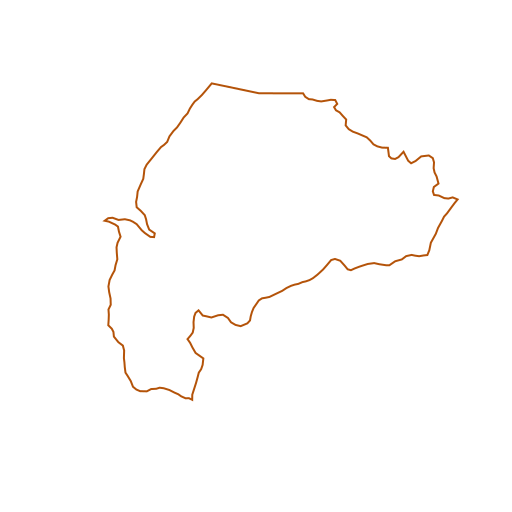 Assis, São Paulo, Brazil, rotated 209°
{"feature_id": "56859067B72357752208353", "entity_name": "Assis", "entity_type": "district", "adm_level": 2, "iso_a3": "BRA", "parent_name": "Brazil", "parent_adm1": "São Paulo", "projection": "natural_earth1", "projection_center": [-50.43, -22.579], "detail": "fine", "context": "isolated", "style": "outline", "palette": "amber", "viewbox_px": 512, "rotation_deg": 209, "n_neighbors": 0, "source": "geoboundaries", "source_scale": "gbopen_adm2", "svg_char_len": 2906}
<svg xmlns="http://www.w3.org/2000/svg" viewBox="0 0 512 512"><g transform="rotate(209 256 256)"><path d="M351.6,123.8L346.9,122.5L343.9,120.5L341.2,116.6L334.6,113.9L329.0,113.1L325.5,109.4L322.0,102.6L319.6,99.3L316.9,95.2L313.6,90.7L310.5,89.1L304.9,85.9L300.2,82.0L295.9,81.2L291.8,81.6L285.9,84.7L283.2,88.8L278.9,91.5L276.4,94.1L272.6,95.6L266.8,96.8L261.1,97.0L256.9,97.4L253.5,97.0L248.6,97.4L245.8,99.1L242.1,99.3L244.5,103.8L246.0,111.4L246.9,115.9L248.3,121.7L249.5,126.3L249.1,130.4L249.9,134.9L252.4,140.9L256.3,141.3L261.8,141.9L267.3,145.2L271.5,148.1L275.6,150.1L274.7,154.5L274.2,158.3L275.6,162.9L278.6,167.9L280.7,173.0L281.3,176.9L279.9,180.6L273.7,178.1L270.2,179.2L265.2,180.6L260.4,185.8L256.4,188.6L250.5,188.2L245.7,185.9L240.5,185.8L235.4,187.2L230.9,192.9L230.0,196.7L231.4,200.8L232.4,205.1L232.9,209.4L232.4,214.3L232.0,218.5L230.2,221.9L227.3,224.2L224.4,226.7L219.5,233.6L216.2,238.2L213.8,242.8L210.9,246.9L208.3,249.7L205.5,252.1L202.7,255.7L200.2,257.9L197.5,260.9L195.5,264.1L193.2,269.5L190.8,276.7L189.5,282.7L188.3,288.9L185.5,291.7L180.0,292.7L173.9,290.6L169.4,288.8L166.1,289.6L163.7,292.9L160.4,296.8L158.1,299.3L154.4,303.2L149.2,307.1L144.1,308.6L137.7,311.0L134.9,312.5L131.7,318.9L126.8,323.7L124.6,328.7L120.4,332.4L117.1,333.4L113.2,334.9L109.6,337.8L106.6,339.9L107.2,345.0L109.5,352.4L109.5,358.4L109.5,362.6L110.4,368.8L110.4,376.9L110.6,381.6L109.6,385.9L108.7,393.1L108.0,398.3L107.1,403.2L112.4,402.6L115.6,399.5L119.4,397.9L125.5,397.5L129.9,395.7L132.7,398.3L133.9,402.6L131.5,407.8L136.6,413.1L140.3,415.6L143.2,418.9L145.7,424.2L148.8,427.3L153.6,427.7L159.8,423.2L162.5,416.4L165.3,412.3L169.1,413.1L177.5,418.7L179.3,411.5L181.4,408.3L184.9,407.0L188.1,407.8L190.3,410.8L193.1,414.6L198.3,411.9L203.1,410.7L207.4,410.6L211.9,412.3L216.7,413.5L220.5,413.1L226.5,412.5L231.6,411.7L236.4,411.9L240.9,413.7L243.3,419.1L248.3,420.7L252.5,422.2L256.7,422.2L259.9,424.1L258.7,428.4L262.3,430.8L266.3,428.9L269.2,426.5L273.9,422.8L277.8,421.3L282.5,420.3L285.8,418.8L290.1,419.1L293.7,421.1L332.2,399.8L378.4,385.5L380.3,375.7L381.4,370.5L383.1,364.8L384.5,361.4L385.0,357.6L385.3,352.9L385.0,347.5L386.4,342.1L386.8,335.8L387.4,330.2L388.8,325.3L389.7,318.7L389.0,312.7L390.3,308.6L391.9,305.2L393.2,298.7L394.4,291.5L395.9,282.9L395.7,277.9L393.8,273.4L392.0,268.8L391.6,263.3L390.8,255.1L388.6,249.9L387.1,245.2L384.0,240.8L378.6,239.6L373.1,237.8L370.0,234.9L366.7,231.0L362.2,227.3L355.5,226.7L354.3,223.1L357.7,221.5L364.3,222.2L368.4,223.1L375.8,226.0L380.3,226.3L383.5,226.1L388.5,224.6L393.7,220.9L400.0,219.9L403.6,217.4L405.4,213.5L401.4,214.7L394.5,215.2L391.0,214.8L387.7,210.9L383.8,207.2L383.5,200.5L382.2,196.0L379.3,191.3L375.7,185.9L374.4,179.9L372.7,174.8L372.7,170.1L372.4,164.1L370.3,157.8L366.9,153.2L362.6,148.3L359.4,142.9L359.1,137.7L356.3,133.4L354.0,128.9L351.6,123.8Z" fill="none" stroke="#b45309" stroke-width="2"/></g></svg>